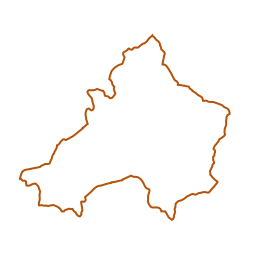 the district of Tarnava, Sibiu, Romania, rotated 100°
{"feature_id": "2599482B99258029890199", "entity_name": "Tarnava", "entity_type": "district", "adm_level": 2, "iso_a3": "ROU", "parent_name": "Romania", "parent_adm1": "Sibiu", "projection": "mercator", "projection_center": [24.293, 46.14], "detail": "fine", "context": "isolated", "style": "outline", "palette": "amber", "viewbox_px": 256, "rotation_deg": 100, "n_neighbors": 0, "source": "geoboundaries", "source_scale": "gbopen_adm2", "svg_char_len": 5768}
<svg xmlns="http://www.w3.org/2000/svg" viewBox="0 0 256 256"><g transform="rotate(100 128 128)"><path d="M196.8,225.6L196.7,225.1L196.9,224.4L197.3,224.0L198.0,223.0L198.2,222.3L197.9,220.6L198.0,220.0L198.3,219.4L198.8,219.0L199.3,218.9L199.9,218.9L201.8,218.2L202.1,218.0L202.3,217.6L202.3,216.9L201.9,215.4L201.3,214.2L200.0,212.6L198.9,210.2L198.8,209.6L199.0,209.0L200.5,206.9L201.4,206.0L201.9,205.8L202.8,205.2L204.4,204.4L205.4,203.7L205.9,203.5L208.8,203.6L210.2,203.3L211.3,203.0L213.2,202.6L214.6,202.5L216.3,202.7L217.7,202.7L219.3,202.4L219.7,202.1L219.1,200.1L219.0,199.0L219.0,198.6L219.1,197.6L219.0,196.9L218.7,195.0L218.6,192.7L217.4,190.2L216.9,188.2L216.9,187.4L217.8,183.8L218.0,183.2L218.3,182.9L218.2,182.8L218.7,181.8L219.7,180.5L220.1,180.0L221.4,179.0L221.6,178.7L221.6,178.4L221.3,176.7L220.0,176.0L217.7,172.1L217.7,171.6L217.8,171.3L217.8,170.2L217.3,168.7L217.6,168.3L218.4,167.8L219.6,166.3L220.2,165.0L220.5,164.6L221.0,164.2L221.3,164.2L221.8,163.7L222.2,163.2L223.0,162.0L223.3,161.3L223.4,160.8L223.4,160.3L223.2,159.8L221.6,159.0L221.3,158.9L220.2,159.2L218.8,159.2L217.4,158.6L214.8,159.3L210.2,161.0L209.0,161.3L208.7,161.2L208.4,160.8L208.3,158.5L208.1,158.1L207.8,157.8L206.8,157.3L206.1,157.3L205.4,157.4L205.0,157.7L203.3,158.2L202.2,157.2L197.4,153.4L194.4,151.5L192.7,150.0L191.0,148.3L190.3,147.2L189.2,144.2L186.6,139.1L185.6,136.7L185.1,135.8L184.8,135.1L184.6,134.9L184.8,134.8L183.9,133.6L183.7,132.3L181.2,126.7L180.6,125.0L180.2,124.3L179.7,124.4L174.4,116.7L174.9,115.1L175.1,113.9L174.8,112.2L174.8,109.9L174.8,109.6L175.3,108.3L176.4,106.3L177.0,105.6L178.2,104.4L179.8,103.1L181.2,102.1L182.3,101.4L183.6,100.1L184.3,99.0L184.4,97.7L184.8,96.5L185.1,96.3L185.9,95.9L191.5,96.4L195.5,95.7L197.1,95.6L199.0,94.5L201.4,92.1L201.7,91.7L202.0,90.5L201.9,89.1L201.4,87.2L201.2,85.2L201.3,83.8L201.6,83.0L202.2,82.0L202.9,81.4L204.3,80.7L204.1,80.0L203.9,77.6L203.7,76.7L208.8,72.5L209.3,71.9L210.2,69.9L210.8,68.9L210.4,68.5L210.2,68.1L208.4,67.4L206.0,67.5L203.6,67.1L202.0,67.1L201.6,67.2L200.9,67.7L200.0,68.0L199.4,68.0L197.8,67.6L194.4,67.9L193.6,67.5L191.6,66.1L190.9,65.0L190.0,63.0L189.2,61.9L187.6,60.1L184.7,57.4L184.3,56.9L184.1,56.5L182.2,53.9L181.7,52.9L181.6,52.6L182.0,50.9L182.0,50.4L181.9,49.9L181.7,49.5L180.0,47.2L179.7,46.7L179.0,44.5L178.6,44.0L178.4,43.5L177.9,41.9L177.7,41.0L177.8,39.7L177.8,38.5L177.6,37.3L174.6,35.4L172.4,34.2L171.4,33.5L166.7,30.8L165.8,30.4L165.4,30.5L164.1,33.0L161.4,36.9L160.7,37.4L159.9,38.7L159.8,38.8L158.5,39.0L157.6,39.3L157.0,39.6L156.5,39.7L155.9,39.7L151.1,38.3L149.9,38.4L148.8,38.0L147.7,37.2L147.2,37.2L144.5,38.6L143.7,38.8L141.7,39.1L140.9,38.7L140.4,38.3L140.1,38.2L138.4,38.4L137.0,38.1L135.8,38.2L135.2,38.4L134.9,38.6L134.6,39.0L134.0,40.0L133.5,40.2L132.0,39.9L130.4,39.4L128.4,38.2L127.5,37.8L125.3,36.5L124.2,36.4L123.2,36.0L122.2,34.9L120.6,33.3L119.1,31.9L118.2,31.4L117.5,31.4L116.9,31.7L115.4,32.2L114.1,32.4L111.8,32.6L108.4,31.9L107.4,31.9L103.8,32.7L103.0,32.7L101.8,32.6L100.9,32.8L100.3,32.8L98.2,32.3L97.9,32.1L96.7,30.4L95.1,30.6L93.2,31.7L92.3,32.5L91.8,33.2L91.4,34.1L90.9,36.2L90.4,37.3L89.2,39.4L89.0,39.8L88.9,40.6L88.3,43.9L87.6,48.5L87.6,49.2L88.0,50.7L88.2,53.5L87.7,54.6L87.5,55.4L87.5,55.9L88.1,58.1L88.2,58.8L87.7,59.0L86.1,59.7L85.5,60.0L85.0,60.5L84.3,61.9L83.6,64.1L83.1,65.3L82.0,66.9L81.2,68.7L80.7,69.9L80.4,71.0L79.9,71.2L79.5,71.6L79.2,72.1L78.4,74.0L76.7,75.4L76.7,75.6L76.7,78.1L76.5,80.3L76.7,81.2L76.6,83.5L76.6,84.5L76.9,86.4L75.5,86.5L74.5,87.1L73.9,87.6L73.6,88.1L73.0,89.7L72.8,90.1L72.4,90.6L68.6,93.6L66.3,95.2L64.3,97.1L62.5,98.6L61.0,100.2L60.2,100.9L59.5,102.2L59.3,103.2L59.4,105.1L50.5,105.0L49.1,104.7L48.1,104.8L47.3,105.2L45.6,107.4L45.0,108.5L44.5,109.0L43.4,109.3L41.7,110.2L41.2,110.8L39.9,111.1L39.2,111.4L37.4,113.1L37.0,114.1L35.9,115.9L34.1,118.0L33.6,118.9L33.3,119.6L33.0,119.9L32.6,120.1L33.5,120.7L35.5,122.4L37.6,123.7L39.0,124.2L40.9,125.6L41.7,126.6L42.6,128.2L44.2,129.7L46.9,132.0L47.3,133.0L47.5,135.1L47.8,135.9L48.3,136.4L49.9,137.3L50.2,137.7L50.2,139.5L49.6,140.7L49.7,141.2L50.2,141.6L51.2,142.0L52.3,143.2L54.1,145.3L54.7,145.7L55.3,145.8L56.4,145.5L57.3,145.0L58.9,143.7L60.9,143.9L65.4,144.6L65.9,144.9L67.5,147.8L68.4,149.0L71.0,151.6L71.9,152.3L74.6,153.9L75.6,154.2L77.1,154.4L79.3,154.8L81.4,154.9L83.2,154.9L83.4,154.5L83.8,153.4L84.1,153.1L85.9,151.7L88.1,150.8L88.4,150.5L89.1,149.5L89.7,148.8L90.1,148.8L90.9,148.9L92.9,148.5L94.0,147.8L95.1,147.3L95.6,146.7L95.9,146.5L96.7,146.6L97.1,146.7L99.5,147.9L100.8,148.7L101.2,149.2L101.5,149.7L101.7,150.8L101.7,151.0L101.6,151.3L100.8,152.1L100.6,152.5L100.4,153.5L100.2,156.4L97.4,157.4L96.9,157.9L96.5,158.3L95.7,158.9L95.7,160.6L95.3,163.1L95.1,164.0L95.0,165.2L95.0,165.5L96.2,167.1L96.6,167.8L96.6,168.5L97.1,170.0L97.3,170.9L97.4,172.8L98.4,173.9L99.2,174.2L99.7,174.2L100.3,173.8L101.5,173.0L102.6,171.8L104.0,170.0L104.9,169.0L105.7,168.5L109.7,166.9L112.5,165.4L114.9,165.3L115.5,165.4L116.0,165.6L116.9,166.7L117.0,167.1L116.6,168.1L115.8,169.6L115.7,169.9L115.8,170.5L116.5,171.6L117.1,171.9L119.0,172.3L120.3,172.4L122.5,172.1L125.3,171.0L126.3,170.8L127.2,170.5L127.8,170.0L131.1,168.4L132.0,169.4L132.7,169.9L133.6,170.7L134.2,171.1L135.2,172.2L135.3,172.0L136.2,172.5L144.3,179.5L146.1,181.3L147.7,183.4L148.7,184.5L149.8,186.2L150.1,186.3L150.6,186.9L150.6,187.2L150.2,188.9L150.5,190.0L152.8,191.7L153.8,192.2L155.2,192.7L156.8,194.0L157.2,194.4L157.4,194.9L160.0,194.8L164.3,196.2L165.3,196.3L168.0,197.5L171.9,197.9L172.6,198.2L174.1,198.6L176.0,198.9L176.6,199.2L176.9,199.6L177.4,200.7L177.7,202.8L177.8,203.2L180.2,206.7L181.5,207.8L181.8,208.2L182.0,208.6L183.4,212.4L185.5,217.6L187.0,221.7L187.5,222.6L189.2,224.4L192.5,225.3L196.8,225.6Z" fill="none" stroke="#b45309" stroke-width="2"/></g></svg>